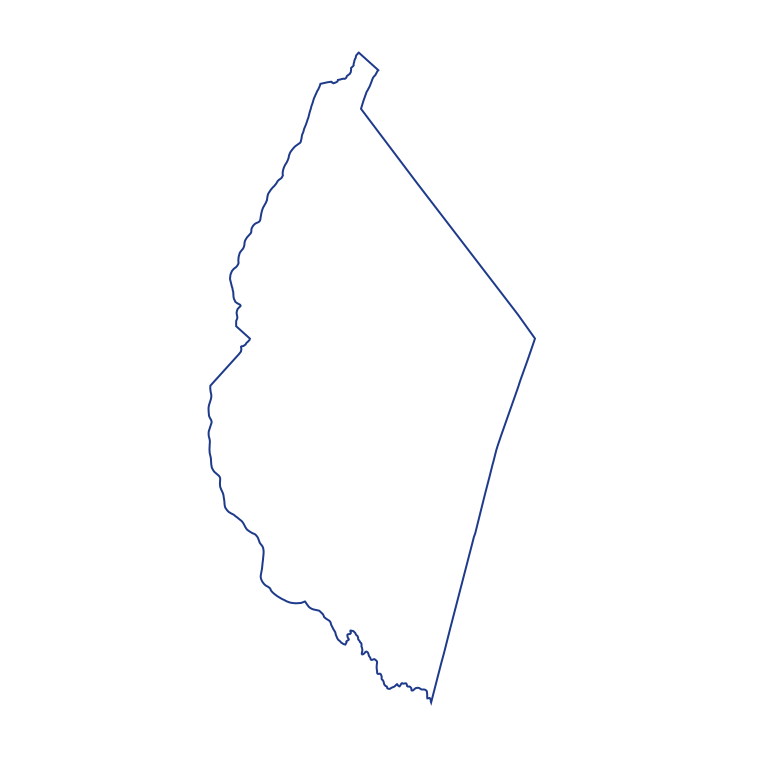 the district of Bura, Coast, Kenya, rotated 222°
{"feature_id": "3690345B15022807723985", "entity_name": "Bura", "entity_type": "district", "adm_level": 2, "iso_a3": "KEN", "parent_name": "Kenya", "parent_adm1": "Coast", "projection": "robinson", "projection_center": [39.288, -0.652], "detail": "fine", "context": "isolated", "style": "outline", "palette": "blue", "viewbox_px": 768, "rotation_deg": 222, "n_neighbors": 0, "source": "geoboundaries", "source_scale": "gbopen_adm2", "svg_char_len": 6154}
<svg xmlns="http://www.w3.org/2000/svg" viewBox="0 0 768 768"><g transform="rotate(222 384 384)"><path d="M238.4,164.5L238.9,166.8L239.2,167.1L239.7,167.5L239.6,168.3L239.1,170.0L239.2,170.6L239.6,170.9L241.0,171.2L241.9,171.7L243.1,172.7L243.4,173.4L243.4,173.7L243.0,174.3L241.9,175.7L241.9,176.4L242.0,176.7L242.2,177.0L243.3,177.5L243.8,178.0L243.9,178.3L243.6,178.7L242.9,178.9L242.0,179.6L241.2,179.9L240.2,179.8L238.6,179.7L237.4,179.1L236.8,178.9L235.1,179.0L233.4,178.1L232.6,177.2L232.0,176.9L230.9,176.8L230.3,176.7L228.9,176.1L227.9,176.2L227.2,176.0L226.0,175.0L225.2,173.9L223.9,173.3L221.9,171.7L221.4,170.9L220.4,169.1L219.8,168.5L219.5,168.4L219.3,168.5L219.0,168.7L218.6,169.5L218.4,170.7L218.5,172.5L218.2,173.1L217.8,173.5L217.0,173.6L215.9,173.5L214.3,172.6L213.4,171.9L211.2,171.4L210.7,171.2L209.6,170.5L209.2,170.4L208.7,170.6L208.2,171.1L207.2,173.0L206.5,173.2L204.2,173.3L203.5,173.0L202.8,172.4L201.1,170.0L200.0,168.6L198.2,166.9L197.1,166.1L196.3,165.2L195.4,164.5L195.1,164.4L194.5,164.5L194.1,164.8L193.2,166.0L192.5,166.1L191.8,166.0L189.9,165.0L188.7,163.5L188.1,163.1L187.5,163.0L186.6,163.1L185.6,162.7L184.8,162.3L183.4,161.3L182.4,160.8L180.6,160.6L179.9,161.0L179.5,161.0L178.9,160.8L178.0,160.1L177.7,160.1L176.4,160.7L175.9,161.1L175.7,161.4L175.1,163.4L173.9,165.9L173.7,167.1L173.6,169.4L173.4,169.7L173.1,169.7L172.2,169.3L170.3,169.5L170.1,169.8L170.2,171.1L170.5,172.1L170.6,173.4L170.4,173.7L170.1,173.9L169.2,174.1L168.0,175.7L167.4,176.2L167.1,176.3L166.6,176.2L164.6,175.0L164.3,175.0L163.7,175.2L162.7,176.2L162.1,176.4L160.9,176.3L160.2,176.2L158.6,174.8L158.3,174.8L157.6,175.4L157.4,175.8L157.1,178.5L156.8,179.4L155.6,180.9L154.4,181.6L152.0,182.0L151.3,182.4L149.8,183.8L149.1,184.2L147.5,184.5L146.6,184.3L146.3,184.1L144.2,182.2L142.5,180.3L141.4,179.4L141.1,179.7L140.5,180.6L140.0,181.2L138.1,180.7L137.6,180.3L136.8,179.4L135.9,178.9L154.7,214.9L159.6,224.6L171.2,246.6L211.6,324.3L214.8,330.4L216.3,334.1L235.4,370.0L243.5,385.6L249.6,397.1L250.4,398.8L256.4,410.2L258.5,414.8L262.5,424.1L282.0,470.9L285.2,478.1L293.5,498.4L302.2,518.8L330.9,525.2L493.4,555.3L585.2,573.1L588.7,580.5L592.4,589.5L592.6,590.8L593.8,595.6L595.8,600.9L596.4,602.2L597.1,604.4L597.2,605.5L597.2,608.0L598.2,612.0L598.2,613.4L624.5,613.4L624.6,613.1L624.5,611.1L624.6,610.3L624.5,609.6L623.9,608.3L623.4,607.6L623.2,607.2L623.1,606.3L622.8,605.7L622.3,604.3L621.6,603.3L620.9,601.8L620.4,601.1L619.7,600.4L619.7,598.8L619.9,597.5L619.9,596.9L619.7,596.5L618.7,595.5L617.3,593.4L617.2,592.5L616.9,591.6L617.3,590.1L617.6,587.9L617.2,587.0L617.0,585.8L617.3,584.7L617.6,584.3L618.6,583.6L619.7,582.0L620.1,581.2L621.7,579.1L621.1,577.9L621.1,577.5L621.2,576.9L622.0,575.0L622.9,573.6L623.2,573.5L624.4,573.5L624.7,573.2L625.0,573.2L625.5,573.3L627.9,570.4L632.1,564.5L631.4,563.1L630.8,561.5L629.9,558.7L629.7,557.2L627.1,549.2L625.0,544.8L623.8,541.8L622.6,539.6L621.1,536.3L618.4,531.2L617.8,529.6L615.7,524.8L614.1,520.2L612.6,517.3L611.6,514.4L610.7,512.9L609.6,511.3L608.1,508.5L607.8,507.8L607.8,506.9L608.9,502.0L609.1,500.6L609.1,497.9L608.8,494.2L608.5,492.9L607.9,491.3L607.4,490.1L606.2,488.2L605.2,485.7L604.6,483.6L604.1,480.7L603.6,478.9L603.1,477.6L602.5,476.2L601.1,473.8L600.1,472.5L598.7,471.3L598.3,469.9L598.1,469.1L598.1,468.1L598.7,465.3L598.8,463.8L598.2,460.8L598.0,457.6L598.2,456.0L598.1,452.7L597.4,448.1L596.6,446.3L595.9,445.1L594.0,442.3L593.1,439.7L591.9,434.3L591.4,432.9L590.6,431.1L589.5,429.0L587.2,425.3L586.1,423.7L585.5,422.5L585.4,421.3L585.6,420.3L586.9,417.3L587.1,416.2L587.2,414.7L587.0,413.1L586.5,411.1L585.7,409.8L584.4,408.2L584.0,407.3L583.9,405.8L583.9,401.2L583.4,398.4L582.9,397.0L582.0,395.4L581.1,394.4L580.0,392.4L579.5,391.0L579.3,390.0L579.2,387.3L579.0,385.2L578.3,383.6L577.2,381.4L574.9,378.3L573.7,377.2L573.0,376.5L572.5,375.2L572.1,372.9L572.2,371.6L572.6,369.7L572.7,368.6L572.6,366.3L572.2,365.1L571.7,363.7L571.3,362.6L568.9,359.2L567.4,358.1L562.1,354.5L560.9,353.9L559.2,352.5L557.6,351.5L554.6,348.5L552.9,347.1L549.4,345.6L547.2,345.8L544.0,346.6L543.6,346.5L543.0,346.2L542.8,346.0L542.8,345.6L543.0,342.0L542.4,340.4L541.9,339.4L541.2,338.3L540.2,337.4L537.9,335.7L537.1,334.8L536.7,333.9L536.1,332.1L535.5,331.3L532.5,328.0L514.0,328.0L513.9,327.7L513.5,327.0L513.4,326.2L513.5,324.0L513.7,322.5L513.3,320.6L513.7,319.2L513.9,318.1L514.9,317.0L515.1,316.6L515.1,316.2L515.1,315.9L514.8,315.6L513.9,315.0L512.9,313.9L512.3,312.7L512.0,312.4L511.8,309.2L511.9,266.6L510.4,264.7L509.1,263.5L507.5,262.1L505.6,260.8L504.6,259.9L503.6,258.7L502.6,257.1L499.9,251.2L499.0,249.7L498.1,248.5L495.8,246.1L492.8,243.3L492.4,243.1L490.7,242.3L488.4,241.6L486.7,240.5L485.9,239.2L485.3,237.7L482.7,231.9L482.0,230.8L480.9,229.5L479.2,227.9L476.7,226.3L475.6,225.4L474.6,224.4L472.8,222.1L469.9,218.6L467.6,216.3L465.4,214.7L463.6,213.5L462.4,212.4L458.5,208.6L455.9,206.6L455.1,206.3L452.9,205.5L451.2,205.2L445.1,205.3L444.1,205.1L442.6,204.2L442.1,203.7L439.2,200.1L437.0,198.0L434.5,196.7L431.4,195.4L429.5,194.4L424.6,190.4L421.3,187.3L419.4,186.0L418.4,185.7L416.2,185.2L413.9,185.0L411.2,185.5L408.3,186.3L405.6,186.4L404.0,186.6L399.7,186.8L397.8,186.9L395.8,186.5L393.9,185.9L391.7,185.0L390.0,184.5L388.8,184.2L387.8,184.2L385.6,184.4L382.8,184.9L379.3,186.0L378.1,186.0L376.0,185.7L374.2,185.1L373.4,184.6L371.4,183.6L370.8,183.2L369.5,182.7L365.9,182.1L364.2,181.3L363.1,180.5L361.6,179.2L360.1,177.5L355.6,171.4L354.8,170.2L351.0,165.0L349.0,161.7L347.1,158.7L346.2,157.8L344.9,156.9L343.7,156.3L342.2,155.7L340.4,155.3L338.8,155.1L337.1,155.1L334.0,155.8L331.8,155.9L330.2,155.1L329.1,154.8L327.5,154.6L325.3,154.6L321.3,154.9L315.4,156.1L314.1,156.6L311.1,157.3L308.0,158.5L306.1,159.6L304.7,160.6L302.7,162.1L299.5,165.4L299.0,166.0L297.2,169.5L296.8,169.5L294.7,168.9L290.8,168.1L290.4,168.1L289.0,168.2L287.3,168.6L285.7,169.2L280.6,172.1L280.1,172.2L275.2,172.0L272.3,170.7L269.4,170.9L267.0,171.4L265.2,171.4L263.9,170.9L262.3,169.8L261.3,169.4L257.5,167.9L254.7,167.1L254.1,166.9L252.0,165.4L248.4,163.7L246.9,163.3L244.5,163.4L242.7,163.2L242.2,163.3L239.9,163.7L238.4,164.5Z" fill="none" stroke="#1e3a8a" stroke-width="2"/></g></svg>